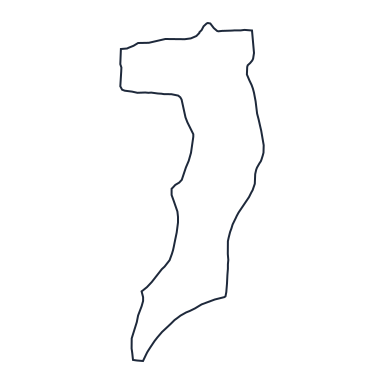 San Andrés Sajcabajá, Quiché, Guatemala
{"feature_id": "79465075B6703764087341", "entity_name": "San Andrés Sajcabajá", "entity_type": "district", "adm_level": 2, "iso_a3": "GTM", "parent_name": "Guatemala", "parent_adm1": "Quiché", "projection": "natural_earth1", "projection_center": [-90.946, 15.223], "detail": "fine", "context": "isolated", "style": "outline", "palette": "slate", "viewbox_px": 384, "rotation_deg": 0, "n_neighbors": 0, "source": "geoboundaries", "source_scale": "gbopen_adm2", "svg_char_len": 1918}
<svg xmlns="http://www.w3.org/2000/svg" viewBox="0 0 384 384"><path d="M263.7,145.2L261.2,130.7L260.1,126.0L259.5,123.3L258.5,118.9L257.1,113.6L255.6,101.3L254.0,92.8L252.9,88.6L251.6,85.0L249.4,80.4L246.9,74.5L247.2,67.0L247.7,65.3L250.2,63.0L251.5,61.4L252.2,60.6L253.1,58.7L254.0,53.0L252.0,30.5L244.5,29.9L240.7,30.4L234.5,30.4L231.7,30.6L222.1,30.9L218.4,31.3L217.2,31.0L213.8,28.1L210.3,23.5L207.8,23.0L206.6,23.5L203.6,26.3L201.6,30.1L199.4,32.3L199.3,33.0L196.4,36.0L194.6,36.8L190.8,38.4L184.8,39.2L165.3,39.0L148.8,42.8L138.1,43.0L133.5,45.8L128.5,47.8L127.1,48.5L120.9,49.0L120.3,64.2L121.4,67.5L121.2,71.8L120.3,86.3L122.1,89.7L124.8,90.7L132.0,91.6L137.4,92.8L145.3,92.5L148.4,92.8L151.2,92.6L157.9,93.5L161.3,93.7L163.8,94.1L171.4,94.2L178.2,95.6L180.3,97.3L181.6,99.6L185.5,117.4L187.4,122.3L193.3,134.2L193.3,136.8L191.0,152.8L188.7,160.9L185.9,167.5L181.8,179.8L179.2,182.6L175.3,184.9L173.0,187.4L171.6,188.8L171.6,195.0L173.8,201.1L177.4,211.5L178.0,216.9L178.0,222.5L176.7,232.5L175.1,240.2L173.7,247.2L173.0,250.3L171.9,253.9L169.6,260.2L164.6,266.6L161.8,269.2L151.7,282.1L146.9,287.2L141.6,291.4L143.1,297.2L143.1,301.0L141.6,306.3L138.1,315.5L136.8,322.1L131.7,338.4L131.6,348.5L132.0,351.2L132.3,353.5L132.8,358.2L133.0,359.9L134.8,360.2L137.0,360.5L143.0,361.0L146.2,354.3L147.2,352.3L148.3,350.5L150.3,347.4L154.5,341.1L157.4,337.4L162.0,332.0L170.9,323.7L174.6,320.0L177.1,318.2L180.5,315.6L186.2,312.4L189.7,311.0L195.0,308.4L201.6,304.4L214.8,299.5L224.4,297.1L225.5,296.3L226.3,292.1L227.0,283.5L227.4,275.0L227.9,268.8L227.9,264.4L228.3,259.9L227.8,254.0L227.9,241.2L228.7,237.5L230.1,232.0L231.4,228.5L232.6,224.5L234.8,220.0L235.7,218.2L236.7,216.0L238.6,212.5L243.6,205.1L249.0,197.1L251.4,192.3L252.6,190.2L254.8,183.8L255.2,174.1L256.2,169.7L257.0,167.6L259.4,163.4L260.8,161.3L261.5,159.5L262.7,155.7L263.5,152.7L263.7,145.2Z" fill="none" stroke="#1e293b" stroke-width="2"/></svg>